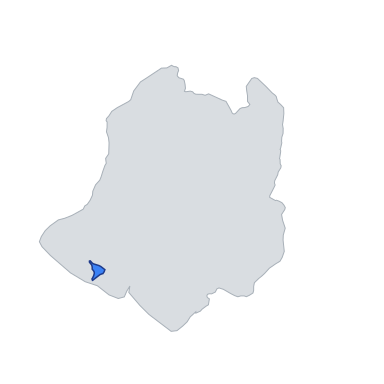 Suriname, with Wanica highlighted, rotated 210°
{"feature_id": "SUR-74", "entity_name": "Wanica", "entity_type": "District", "adm_level": 1, "iso_a3": "SUR", "parent_name": "Suriname", "parent_adm1": "", "projection": "natural_earth1", "projection_center": [-55.199, 5.79], "detail": "fine", "context": "in_parent", "style": "filled", "palette": "blue", "viewbox_px": 384, "rotation_deg": 210, "n_neighbors": 0, "source": "natural_earth", "source_scale": "10m", "svg_char_len": 2757}
<svg xmlns="http://www.w3.org/2000/svg" viewBox="0 0 384 384"><g transform="rotate(210 192 192)"><path d="M293.8,101.0L289.2,105.5L284.2,111.8L277.6,122.8L277.9,126.3L276.5,129.0L276.1,134.0L276.6,139.5L278.3,143.1L279.1,150.0L277.8,156.2L278.3,159.8L279.6,165.5L280.7,171.6L280.6,174.0L282.2,176.0L283.6,178.0L283.2,183.4L288.4,193.1L291.5,197.3L296.2,201.4L297.8,205.4L300.5,210.2L302.0,210.8L302.8,212.8L302.0,216.5L301.8,221.7L298.9,227.7L292.1,238.7L291.2,241.3L293.0,250.4L292.1,257.9L291.7,261.5L288.3,268.1L280.4,284.0L275.8,286.9L273.1,291.5L271.3,291.5L269.3,291.9L268.7,292.5L266.2,292.5L264.3,290.4L264.0,288.0L262.9,285.2L260.5,284.4L255.9,285.4L254.5,284.7L251.8,281.7L249.5,278.5L248.9,275.4L247.5,275.7L243.9,278.5L241.5,279.1L239.6,278.4L237.5,278.6L232.2,281.6L229.0,282.3L226.7,285.3L211.8,286.7L207.9,287.5L199.0,282.2L196.7,280.5L195.5,280.3L194.5,280.6L193.6,281.7L192.1,288.3L190.7,290.1L188.4,291.6L186.1,294.2L185.7,296.8L189.2,298.2L192.1,303.2L195.3,307.1L197.8,310.6L197.5,314.6L197.0,320.2L195.2,322.2L192.1,323.1L180.8,320.4L172.1,317.9L168.5,317.4L166.8,316.8L164.7,314.7L162.5,312.8L159.0,312.1L154.8,310.8L151.7,305.9L148.5,298.8L147.3,295.6L144.8,292.6L142.4,288.2L141.6,284.3L139.8,280.7L138.8,279.5L137.3,274.7L137.0,272.9L136.3,272.7L135.3,271.1L133.3,265.9L132.9,264.6L132.0,264.2L129.7,260.5L127.9,259.3L127.2,257.4L127.3,252.3L126.4,249.8L126.1,245.0L126.0,243.1L125.1,241.0L123.5,239.6L123.2,236.2L122.8,227.7L122.1,226.2L115.4,226.3L114.8,227.1L111.9,227.6L108.7,227.7L105.8,226.6L103.4,225.1L102.9,223.2L103.2,217.3L99.4,212.8L93.2,207.3L91.4,200.3L89.1,195.9L82.4,186.7L81.2,180.4L81.2,176.0L83.5,171.9L86.9,164.7L88.3,158.2L89.3,154.8L91.0,150.4L92.6,144.6L91.4,141.1L89.4,137.6L88.7,135.0L90.7,131.2L92.6,128.5L94.9,128.1L97.7,126.5L99.9,124.2L103.3,123.6L107.6,123.4L116.2,123.4L120.7,122.4L122.0,120.5L121.8,117.0L124.0,113.7L126.3,112.4L127.3,111.3L127.4,110.1L126.8,109.0L125.9,108.3L123.5,108.1L121.4,102.5L122.8,100.0L124.7,95.5L125.2,93.0L128.1,89.0L128.8,90.2L131.1,83.0L131.3,77.1L133.0,71.3L135.7,64.4L140.4,60.9L167.9,64.4L180.4,67.7L196.5,73.4L198.8,79.5L198.9,73.4L198.2,67.3L202.6,62.9L212.4,61.4L227.1,63.5L239.7,60.9L256.8,61.2L282.8,66.2L294.5,69.6L299.3,72.6L300.2,78.1L299.8,85.2L297.9,91.9L293.8,101.0Z" fill="#d9dde1" stroke="#a8b0b8" stroke-width="1"/><path d="M234.0,65.7L234.5,66.2L235.1,66.6L235.2,66.9L235.1,67.8L235.3,70.2L235.7,71.9L235.9,72.6L236.3,73.2L236.6,73.7L237.6,74.4L239.9,75.3L240.1,75.7L240.7,76.8L241.6,77.9L242.5,78.7L244.7,79.5L245.8,80.0L246.3,80.9L245.9,81.4L245.6,81.5L242.9,80.6L241.5,80.5L235.7,81.8L233.8,81.9L228.6,81.2L228.2,78.9L228.3,77.4L228.4,76.6L228.9,76.3L230.4,74.4L233.9,65.8L234.0,65.7Z" fill="#3b82f6" stroke="#1e3a8a" stroke-width="1.5"/></g></svg>